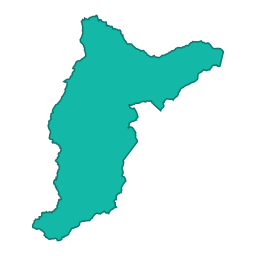 Almas, Tocantins, Brazil
{"feature_id": "56859067B55492829903460", "entity_name": "Almas", "entity_type": "district", "adm_level": 2, "iso_a3": "BRA", "parent_name": "Brazil", "parent_adm1": "Tocantins", "projection": "albers", "projection_center": [-47.229, -11.473], "detail": "fine", "context": "isolated", "style": "filled", "palette": "teal", "viewbox_px": 256, "rotation_deg": 0, "n_neighbors": 0, "source": "geoboundaries", "source_scale": "gbopen_adm2", "svg_char_len": 5662}
<svg xmlns="http://www.w3.org/2000/svg" viewBox="0 0 256 256"><path d="M221.7,49.7L220.4,48.7L218.1,48.4L214.6,48.7L212.7,48.1L212.0,47.4L210.2,44.6L208.4,43.1L207.8,42.9L206.1,43.6L204.4,42.9L203.9,42.4L202.3,42.4L201.2,40.9L197.8,42.2L197.1,41.8L193.9,41.8L192.9,41.5L192.4,42.3L190.9,42.6L189.3,44.3L188.5,45.8L187.1,45.4L185.6,45.7L184.6,46.9L182.9,46.9L181.8,48.0L180.0,47.6L178.2,47.6L176.0,48.4L174.6,50.1L173.1,50.8L172.2,50.7L171.5,51.0L170.6,52.1L170.0,52.5L169.2,52.3L168.9,53.0L167.2,53.9L165.5,54.4L165.2,54.9L164.3,55.3L163.3,55.5L162.4,55.3L159.8,57.4L159.2,57.7L155.0,56.9L154.3,55.6L152.9,56.1L151.9,57.1L151.0,56.9L150.2,56.4L149.5,56.4L148.4,55.2L147.4,55.0L146.0,52.9L144.2,51.7L143.9,50.8L143.1,50.5L142.5,50.7L141.8,50.5L141.0,51.1L139.6,49.9L135.8,48.4L133.7,46.3L132.6,45.7L131.7,44.1L130.8,44.2L129.0,43.8L128.0,44.3L127.0,43.8L126.1,41.8L124.2,39.6L122.9,36.7L122.8,35.2L122.2,35.4L121.5,33.9L120.6,33.5L121.0,31.8L120.2,30.3L119.6,30.0L118.2,30.5L117.0,29.4L115.5,29.2L114.9,28.7L112.9,28.8L112.4,26.9L111.8,26.3L111.0,26.9L108.5,25.6L106.8,25.9L106.2,25.2L106.7,24.7L106.1,22.0L103.7,22.2L101.6,21.1L101.0,19.8L100.4,19.6L99.7,19.6L99.2,20.6L98.5,20.8L97.2,16.1L96.7,15.4L95.9,15.7L95.8,16.5L93.5,16.4L89.9,17.6L89.3,18.0L88.8,18.7L88.8,19.4L87.8,19.7L86.5,18.9L85.5,18.8L84.6,18.2L84.6,20.0L83.6,19.9L82.7,19.5L82.0,21.0L81.4,21.4L82.0,22.9L82.0,23.9L82.6,25.9L82.8,28.8L82.4,30.6L82.8,31.5L82.9,33.4L81.4,37.5L80.1,40.0L80.5,40.8L80.5,42.0L82.8,44.1L83.6,45.3L84.1,47.1L84.8,48.1L84.4,50.1L85.0,51.1L85.1,52.1L85.7,53.8L85.7,56.2L83.2,58.4L81.5,59.2L81.0,60.1L80.1,60.7L77.7,61.0L76.2,62.0L74.7,65.5L73.5,66.8L72.8,68.5L74.2,68.7L74.6,69.4L74.2,71.0L73.2,71.7L72.3,73.1L72.1,75.4L70.5,76.5L70.4,77.6L69.2,79.0L68.6,79.4L67.8,79.3L66.5,79.6L63.8,81.6L65.4,82.3L66.2,82.1L66.9,82.3L67.2,83.0L67.0,85.3L65.8,88.4L65.3,88.8L65.0,89.6L65.5,90.6L65.2,91.6L63.1,95.7L62.0,96.6L61.6,98.3L60.3,100.6L57.9,103.4L57.7,104.1L56.0,104.6L53.3,108.7L52.4,111.0L53.2,112.5L51.2,113.6L51.0,115.6L50.5,116.5L51.3,118.9L50.6,119.3L49.9,120.8L48.8,121.2L49.1,123.5L48.3,124.9L48.2,125.9L49.0,128.9L50.4,130.8L50.3,133.9L49.8,134.5L49.5,137.4L49.2,138.0L50.2,139.2L52.0,139.5L52.8,139.9L52.8,140.7L52.2,142.1L52.6,142.9L53.4,142.8L53.8,142.3L54.5,143.0L56.2,143.1L56.6,143.7L58.5,144.8L59.0,145.8L59.9,146.2L60.0,148.1L61.0,148.4L61.0,149.5L61.3,150.1L59.6,153.2L58.7,153.0L58.3,154.2L59.0,156.2L57.4,157.6L57.6,158.2L57.3,159.0L56.0,159.9L55.5,160.8L57.9,162.9L58.0,163.7L57.7,164.5L58.4,164.5L59.3,166.6L59.1,169.3L58.5,169.7L57.7,171.4L58.0,171.9L57.1,173.1L57.5,174.6L57.1,177.4L56.1,177.3L56.1,178.5L56.7,179.4L56.2,180.1L55.2,179.6L54.5,180.1L53.7,181.9L53.9,183.9L54.6,183.8L55.1,184.5L55.6,187.0L56.4,187.1L56.4,188.7L57.9,190.5L58.5,191.8L58.7,192.7L58.5,194.4L59.9,196.0L61.5,199.1L60.8,199.7L60.2,199.8L59.5,199.4L58.6,200.0L58.8,201.5L57.9,202.7L58.3,203.5L56.9,205.9L57.3,207.7L55.3,209.1L55.6,209.9L54.2,210.2L54.0,211.0L52.1,211.6L52.2,212.5L51.2,212.7L49.8,211.7L48.2,212.5L47.2,212.4L46.4,211.8L45.9,212.4L45.1,212.2L44.1,213.2L43.3,212.5L42.5,212.5L41.8,213.0L41.8,215.8L41.3,216.4L40.5,216.8L39.5,216.7L39.0,217.0L39.6,218.1L39.3,219.2L38.3,219.0L36.4,219.5L35.6,219.3L35.5,220.0L34.3,220.9L34.1,223.0L33.4,223.6L32.6,225.5L32.8,227.4L33.6,227.6L35.3,228.6L37.0,229.3L38.6,228.6L40.1,229.1L40.7,229.8L42.2,230.7L43.9,232.1L44.8,233.7L44.1,235.4L45.7,236.3L45.8,237.3L46.5,237.6L47.2,237.5L48.4,238.9L50.2,239.5L50.8,238.9L54.0,238.7L55.4,238.3L56.1,238.4L56.8,239.0L57.3,240.5L59.2,240.6L60.7,240.0L61.8,239.1L62.0,237.5L63.8,237.3L64.1,236.4L66.2,235.8L67.5,234.9L68.5,234.5L69.0,232.9L70.9,230.1L71.0,229.1L71.9,228.4L73.2,228.2L75.7,227.0L76.4,227.1L78.4,226.1L79.5,224.7L79.7,222.5L80.4,222.0L82.8,221.0L84.3,221.3L85.6,220.7L87.2,220.8L87.9,220.4L88.9,220.7L89.7,220.5L91.3,218.4L92.2,218.2L93.0,216.4L96.0,213.4L97.5,213.3L98.2,213.8L99.7,213.5L100.2,214.0L104.2,211.2L106.2,213.1L108.1,212.9L108.7,213.5L109.3,211.9L111.3,209.5L112.4,209.4L113.9,208.0L116.4,207.1L115.2,205.7L115.3,204.4L115.0,203.6L115.3,202.8L114.2,202.0L114.0,200.7L115.6,199.5L116.3,199.5L116.2,198.6L116.4,197.9L116.0,196.1L118.5,193.4L119.1,193.5L119.7,192.8L121.1,192.6L121.1,191.4L121.7,190.2L121.4,187.5L123.4,183.8L125.8,181.0L125.3,179.0L124.4,177.1L122.6,176.3L122.1,175.7L122.6,174.0L123.2,173.1L122.6,170.0L122.1,169.2L122.1,167.2L123.0,165.8L123.5,163.6L123.7,161.7L123.0,161.0L123.3,160.3L137.4,141.6L137.1,140.3L136.5,138.9L135.8,138.3L135.5,137.7L135.8,135.5L135.3,135.0L135.8,132.9L135.3,132.3L135.1,131.3L134.4,131.1L134.0,129.8L132.4,127.5L130.5,126.9L127.6,128.1L128.8,127.0L129.3,123.1L131.6,121.6L134.0,121.0L136.5,119.9L135.9,119.2L136.5,118.3L137.6,117.8L137.9,116.5L137.4,115.5L136.6,112.5L134.2,108.2L133.5,108.2L132.8,108.9L130.2,107.8L129.6,106.7L129.5,105.6L129.0,105.0L130.2,104.9L130.8,105.4L131.4,105.3L133.7,104.2L134.5,104.2L135.7,103.0L136.8,103.3L138.7,103.2L140.1,102.7L140.6,102.1L141.8,101.7L144.3,101.4L145.0,102.0L146.0,101.7L146.5,101.1L147.3,100.8L148.4,101.2L151.5,101.0L151.8,102.6L152.7,102.8L153.3,104.0L160.7,110.7L161.3,109.1L163.7,106.8L163.8,105.8L163.1,102.4L164.2,102.1L164.8,100.4L167.0,98.7L170.2,99.4L172.4,99.2L173.1,100.0L173.3,99.1L174.4,98.6L175.5,97.1L176.8,96.5L177.6,95.7L178.2,94.1L178.4,92.7L179.4,91.7L180.8,88.5L183.5,87.2L184.1,86.5L187.1,84.9L188.8,84.5L189.6,83.7L191.2,82.8L194.7,81.6L197.1,79.6L197.7,78.7L197.9,75.0L198.3,73.9L198.9,73.2L201.2,72.1L203.6,69.7L206.2,70.6L207.3,70.4L208.3,69.8L209.7,69.9L210.8,68.0L211.6,67.4L212.1,66.0L213.0,65.2L214.0,65.5L216.6,64.9L217.3,66.1L218.5,66.5L219.9,66.2L223.4,51.7L221.7,49.7Z" fill="#14b8a6" stroke="#0f766e" stroke-width="1.5"/></svg>